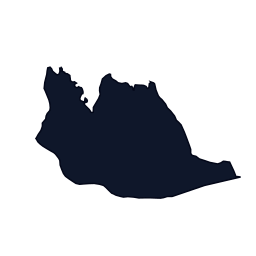 the district of Bodae, Grand Kru, Liberia, rotated 71°
{"feature_id": "62588387B10493983903288", "entity_name": "Bodae", "entity_type": "district", "adm_level": 2, "iso_a3": "LBR", "parent_name": "Liberia", "parent_adm1": "Grand Kru", "projection": "mercator", "projection_center": [-8.37, 5.14], "detail": "fine", "context": "isolated", "style": "filled", "palette": "ink", "viewbox_px": 256, "rotation_deg": 71, "n_neighbors": 0, "source": "geoboundaries", "source_scale": "gbopen_adm2", "svg_char_len": 2557}
<svg xmlns="http://www.w3.org/2000/svg" viewBox="0 0 256 256"><g transform="rotate(71 128 128)"><path d="M91.7,91.6L92.4,91.4L92.9,93.3L96.7,95.2L97.0,96.8L94.6,97.4L92.9,99.2L92.1,100.9L91.2,103.3L89.6,107.1L90.7,108.2L94.0,110.1L93.4,110.8L91.9,110.4L89.9,110.9L89.7,112.5L88.5,113.1L85.8,113.9L84.5,115.5L84.0,119.3L82.0,122.7L79.5,124.2L76.5,126.9L73.9,127.7L71.6,127.1L70.9,128.1L71.4,131.7L73.3,136.2L77.7,139.2L80.6,141.6L83.4,142.7L87.2,143.3L90.6,146.2L92.8,148.8L97.2,154.0L100.8,155.3L101.8,155.7L101.7,156.7L100.9,158.2L99.5,158.2L97.8,158.7L95.4,159.9L92.5,161.3L91.2,161.6L90.3,161.4L90.1,160.0L90.0,158.3L89.1,157.6L87.6,157.6L85.8,158.7L86.5,159.3L87.8,159.9L88.6,159.3L89.1,159.8L88.7,161.0L88.7,161.8L88.0,162.4L87.2,163.4L86.0,164.2L84.5,164.0L83.3,163.2L81.8,161.8L80.7,160.6L80.8,159.5L79.9,159.0L78.7,158.7L76.2,158.6L74.7,159.0L73.7,160.8L72.9,161.1L73.3,163.0L72.7,163.9L71.4,164.9L71.0,164.6L69.7,164.6L69.2,163.8L68.8,162.1L66.8,163.7L66.7,165.4L65.5,166.3L64.6,167.1L62.8,166.6L60.7,166.2L59.4,165.9L58.0,166.9L56.9,167.8L56.4,168.9L55.5,170.1L54.8,169.7L53.5,171.1L53.2,171.4L52.5,172.0L51.9,171.3L50.4,171.0L49.0,171.5L49.6,172.3L49.2,173.1L52.1,173.8L54.5,175.5L54.8,177.7L53.0,178.9L49.8,180.8L47.1,181.0L45.1,181.9L45.0,184.3L47.8,185.9L50.8,187.3L54.0,189.4L57.9,191.9L63.3,194.4L66.4,194.1L75.7,193.6L79.5,193.9L83.6,194.9L86.0,196.2L87.8,199.2L87.9,199.5L90.0,201.5L92.8,202.9L94.0,205.0L95.5,207.4L97.5,208.0L99.0,208.7L102.0,211.1L104.9,215.0L107.4,217.7L107.9,218.5L109.4,218.1L111.7,217.7L114.3,216.4L117.4,214.4L120.6,211.8L124.6,208.4L126.9,206.3L128.9,205.1L130.0,204.7L133.6,203.5L134.3,203.3L136.5,203.0L141.0,204.2L145.7,204.1L150.1,203.8L153.3,202.8L156.8,200.4L158.6,199.0L159.7,198.2L163.4,195.3L165.4,192.1L166.5,187.8L167.8,183.0L168.3,181.4L169.4,177.9L169.9,177.0L171.9,173.2L174.3,169.8L177.0,168.2L180.8,166.4L184.3,164.6L185.5,163.2L187.5,161.3L187.8,160.9L190.2,157.4L191.8,154.8L192.8,150.5L195.2,145.0L197.6,140.6L199.6,134.4L201.4,129.2L203.6,123.5L204.9,120.0L205.4,117.0L205.5,113.3L207.1,108.4L207.2,74.3L207.8,68.5L209.4,52.8L211.0,37.5L209.5,40.4L209.3,41.7L202.8,42.0L199.1,42.4L193.3,43.0L192.4,44.9L191.0,47.4L190.5,48.8L191.2,51.5L191.2,54.9L187.2,61.8L183.7,66.3L180.5,70.6L176.9,73.0L174.8,76.3L172.4,77.0L170.1,76.2L168.6,75.7L164.6,75.7L155.8,75.9L150.3,76.1L142.3,76.8L139.0,78.3L136.3,79.8L134.0,79.9L131.8,80.1L125.8,82.2L121.7,84.3L117.7,84.7L112.2,86.7L109.8,88.1L107.4,88.9L101.2,89.2L94.9,88.5L93.7,89.1L91.7,91.6Z" fill="#0f172a" stroke="#020617" stroke-width="1.5"/></g></svg>